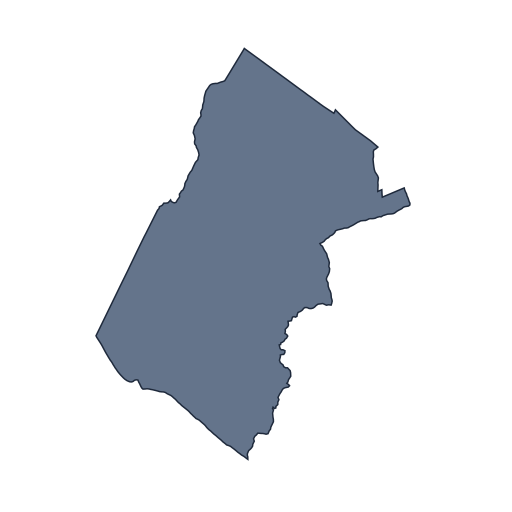 the district of Barreirinhas, Maranhão, Brazil, rotated 192°
{"feature_id": "56859067B98453843203309", "entity_name": "Barreirinhas", "entity_type": "district", "adm_level": 2, "iso_a3": "BRA", "parent_name": "Brazil", "parent_adm1": "Maranhão", "projection": "robinson", "projection_center": [-42.957, -2.836], "detail": "fine", "context": "isolated", "style": "filled", "palette": "slate", "viewbox_px": 512, "rotation_deg": 192, "n_neighbors": 0, "source": "geoboundaries", "source_scale": "gbopen_adm2", "svg_char_len": 5247}
<svg xmlns="http://www.w3.org/2000/svg" viewBox="0 0 512 512"><g transform="rotate(192 256 256)"><path d="M395.9,144.7L394.9,143.4L393.4,141.9L391.8,140.3L390.3,138.8L388.5,136.9L387.3,135.5L386.4,134.4L385.3,133.1L383.7,131.2L382.1,129.4L380.5,127.7L378.9,125.9L377.8,124.8L376.8,123.7L375.6,122.7L374.3,121.4L373.2,120.1L371.8,118.7L370.4,117.2L368.9,115.9L367.7,114.7L366.7,113.8L364.8,112.3L363.3,111.2L362.1,110.4L360.5,109.3L358.8,108.3L356.4,107.3L354.6,106.9L353.1,106.7L351.3,107.0L350.0,107.9L349.1,109.1L347.5,110.0L345.7,110.1L344.6,108.4L343.2,106.8L341.8,104.9L340.4,103.2L338.9,102.3L336.7,102.9L334.9,103.5L332.7,103.7L331.3,103.6L329.6,103.7L326.5,103.6L324.2,103.5L322.1,103.3L320.2,103.5L318.3,103.8L316.4,103.7L314.1,102.8L312.0,102.3L310.3,101.9L308.8,101.2L306.8,100.0L304.9,99.0L303.4,97.9L301.4,96.5L299.5,95.6L297.6,94.3L291.8,91.4L290.4,90.7L288.8,89.7L287.1,88.4L285.7,87.6L284.1,86.5L282.2,85.4L280.8,84.5L279.2,84.2L277.3,83.6L275.4,82.5L273.6,81.5L272.3,80.8L271.1,80.1L270.0,79.3L268.5,78.0L266.7,76.8L265.5,76.1L264.1,75.5L262.2,74.3L260.2,73.1L257.9,72.0L255.5,70.6L253.6,69.6L251.7,68.6L249.7,67.3L248.2,66.6L246.8,65.9L245.5,65.1L243.3,64.9L241.3,64.5L239.5,63.6L238.2,63.0L236.9,62.4L234.8,61.3L233.0,60.3L230.5,59.2L228.7,58.3L226.2,57.5L224.9,56.9L223.5,56.2L221.7,55.4L222.3,57.9L223.1,59.4L223.3,61.0L222.7,64.1L221.1,66.3L220.4,67.6L219.8,69.2L220.0,71.2L219.2,74.5L220.4,76.7L219.7,79.4L218.4,81.1L217.4,83.1L215.9,83.3L214.0,83.5L212.6,83.8L210.8,83.9L209.1,83.8L207.3,84.7L206.7,87.8L205.8,89.5L205.9,91.7L205.4,93.8L204.5,97.5L205.0,99.7L205.9,101.9L206.4,103.5L207.1,105.8L206.9,109.0L208.1,110.2L207.9,111.7L206.2,110.7L205.0,111.5L205.3,113.0L203.8,115.2L204.3,117.7L203.7,120.2L205.1,122.3L204.0,126.3L203.1,128.4L202.6,130.3L201.7,132.1L200.2,133.2L198.8,133.8L197.2,134.5L196.2,136.1L197.5,137.1L199.4,137.8L198.6,139.5L198.5,141.7L197.0,145.6L197.9,149.1L198.8,151.0L200.3,152.0L201.9,153.2L203.9,152.8L205.9,153.5L206.8,155.0L208.3,155.8L210.0,156.7L211.4,158.9L211.3,160.9L211.2,162.7L211.6,164.2L210.2,165.0L208.4,165.5L207.7,167.4L208.0,169.4L210.2,169.9L211.8,169.5L213.1,170.4L214.1,172.3L214.8,173.9L213.5,174.5L213.6,176.2L212.2,177.2L210.8,178.8L210.3,180.6L209.1,181.9L208.3,184.3L209.7,185.6L211.6,186.2L211.6,188.4L212.2,190.3L211.1,192.1L210.2,193.6L209.9,195.3L210.6,197.4L211.1,198.8L209.2,199.5L207.9,200.1L207.8,202.0L207.6,203.8L206.2,204.6L204.7,204.4L203.4,205.5L203.5,207.2L203.2,209.5L200.9,211.1L199.4,212.8L198.6,214.5L197.6,215.7L195.3,216.2L193.1,215.7L191.2,216.0L189.4,216.9L188.1,218.2L186.9,220.1L185.3,221.8L183.2,222.5L180.8,223.4L176.9,222.5L174.8,223.4L172.3,223.6L172.1,225.4L172.1,227.7L172.7,229.2L173.6,230.7L174.9,234.9L176.3,237.3L177.4,238.5L179.1,241.4L180.0,244.8L181.7,246.6L182.4,248.2L182.3,249.8L181.3,253.6L181.0,256.0L181.3,258.9L182.6,260.9L182.9,264.8L184.5,267.9L185.6,269.3L186.4,270.9L187.3,272.8L189.0,274.5L190.4,275.9L191.7,277.5L193.1,279.4L194.7,280.0L196.1,281.5L194.0,283.0L192.5,284.5L191.6,286.3L190.5,287.8L189.0,288.9L187.7,291.0L185.7,292.5L184.7,293.9L183.8,295.4L183.5,297.1L181.6,298.5L179.2,299.6L176.9,300.7L175.3,301.7L173.5,302.1L171.8,302.8L170.2,304.3L169.0,305.2L167.5,306.4L166.1,307.7L163.5,310.2L162.1,311.1L161.0,312.1L159.5,312.6L157.9,313.1L156.3,313.5L154.5,314.7L153.4,315.7L152.0,316.3L150.3,316.6L148.7,317.1L147.3,317.7L145.6,319.0L143.3,320.2L141.8,320.3L140.2,321.9L138.4,322.9L136.0,324.3L132.0,325.4L130.5,326.0L129.3,326.9L127.2,329.3L125.6,330.7L124.2,331.8L123.1,332.8L122.3,334.0L120.9,335.1L119.1,335.8L117.2,336.6L116.1,337.9L116.4,339.7L117.4,340.9L118.2,342.3L119.1,343.9L120.0,345.2L120.9,346.4L121.7,348.1L123.1,349.8L124.2,351.4L125.2,353.4L144.7,339.8L145.6,342.7L146.1,344.6L146.7,347.0L150.3,344.5L151.4,350.9L152.1,353.2L152.5,357.8L153.7,359.7L157.1,363.1L158.3,365.3L159.4,368.1L160.3,370.7L161.1,373.2L161.7,375.1L161.7,377.4L162.3,380.1L162.9,382.3L162.8,384.1L160.9,385.9L159.4,387.9L167.9,392.5L185.0,400.1L189.4,402.9L208.7,415.5L209.0,413.8L209.5,411.8L221.0,416.3L224.9,418.0L234.1,422.2L238.5,424.1L244.3,426.8L246.9,427.9L253.5,430.9L258.8,433.3L285.9,445.5L305.5,454.3L308.2,455.5L310.6,456.6L311.1,454.9L321.0,426.5L323.0,420.9L324.6,419.8L326.8,418.7L329.8,416.7L331.5,416.4L334.0,415.5L335.5,414.6L336.7,413.2L337.5,411.2L339.3,406.8L339.6,402.3L339.6,399.7L339.3,397.8L339.1,396.2L339.5,392.6L339.2,390.4L339.1,388.8L339.8,386.9L339.9,384.5L339.3,383.1L338.9,381.4L339.6,379.6L340.6,377.4L340.9,375.6L342.2,371.5L343.0,369.7L342.9,367.9L343.1,365.7L343.0,363.4L341.3,361.1L339.9,358.0L339.9,354.8L339.3,352.9L337.5,351.4L336.9,349.9L335.0,347.7L333.6,345.2L332.7,343.0L333.0,340.4L332.9,338.1L333.9,336.4L334.7,335.0L335.2,333.0L335.7,331.0L336.6,326.4L337.7,324.4L338.3,322.7L339.1,320.2L339.1,318.6L339.2,316.6L340.1,314.3L340.6,312.0L340.4,310.5L340.4,308.8L340.7,307.3L341.2,305.3L342.5,303.9L343.0,302.3L343.8,300.6L343.0,297.9L344.4,294.8L345.4,291.8L347.0,291.0L348.8,291.2L350.4,291.9L351.2,293.1L352.2,291.2L353.2,289.7L355.0,289.0L357.2,288.5L358.2,286.2L359.3,285.2L360.7,284.1L360.7,282.3L361.8,280.4L368.3,255.5L369.4,251.6L373.3,236.0L377.4,219.1L378.2,215.7L382.5,198.7L386.0,184.6L395.9,144.7Z" fill="#64748b" stroke="#1e293b" stroke-width="1.5"/></g></svg>